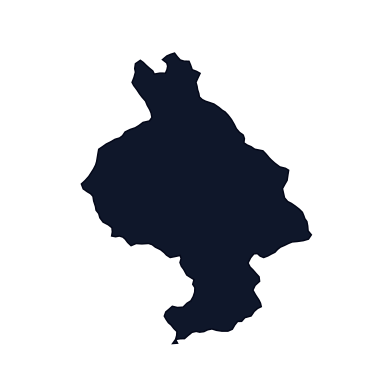 Capitão Andrade, Minas Gerais, Brazil, rotated 244°
{"feature_id": "56859067B3276419285071", "entity_name": "Capitão Andrade", "entity_type": "district", "adm_level": 2, "iso_a3": "BRA", "parent_name": "Brazil", "parent_adm1": "Minas Gerais", "projection": "natural_earth1", "projection_center": [-41.826, -19.051], "detail": "fine", "context": "isolated", "style": "filled", "palette": "ink", "viewbox_px": 384, "rotation_deg": 244, "n_neighbors": 0, "source": "geoboundaries", "source_scale": "gbopen_adm2", "svg_char_len": 2737}
<svg xmlns="http://www.w3.org/2000/svg" viewBox="0 0 384 384"><g transform="rotate(244 192 192)"><path d="M66.7,112.6L65.2,117.3L63.5,121.0L64.7,125.3L65.9,130.5L64.9,134.7L62.7,137.4L61.3,141.5L61.3,145.6L60.2,149.9L57.0,153.3L53.9,157.8L51.2,163.3L51.0,168.1L53.7,172.1L55.7,176.3L54.0,179.9L55.9,184.4L54.7,190.8L57.4,195.5L58.6,199.9L58.6,204.0L62.1,204.8L65.4,204.8L71.7,204.0L77.1,203.7L80.4,207.8L82.1,213.6L86.4,215.1L91.2,213.7L95.4,212.6L99.1,211.3L103.6,211.2L107.2,215.9L109.3,220.5L108.0,223.8L104.5,225.2L101.7,227.7L101.3,232.1L101.5,236.2L101.5,240.1L102.9,243.7L103.7,247.3L103.5,251.6L103.5,256.2L103.2,260.2L101.4,264.9L99.5,270.7L98.6,276.0L101.2,280.5L106.2,279.3L110.8,281.1L115.1,282.3L118.6,281.7L121.9,282.1L125.4,282.3L129.4,280.9L134.1,278.6L138.2,276.3L141.5,273.8L146.2,272.6L150.8,273.7L155.4,274.8L158.3,278.9L160.8,282.6L165.2,285.6L169.2,288.4L172.3,286.4L176.1,281.9L181.8,279.0L186.0,277.3L189.0,276.3L193.5,275.2L197.9,273.8L200.5,270.4L203.0,267.1L206.8,265.0L210.0,262.2L213.5,260.2L217.0,262.5L220.7,263.0L224.8,260.8L229.4,259.6L234.2,259.6L239.9,259.2L245.3,258.1L249.5,256.8L252.1,255.1L256.3,253.2L261.4,250.3L264.9,246.8L267.6,244.0L270.6,241.7L274.2,240.3L277.5,241.3L281.6,241.9L284.9,242.9L288.8,243.6L291.9,247.3L295.1,251.3L298.4,249.0L301.8,245.8L306.9,246.4L310.8,246.6L313.0,242.3L315.8,239.3L319.9,238.1L324.5,237.2L325.1,233.2L325.3,229.1L323.9,223.5L319.1,225.9L315.8,225.3L313.0,223.2L310.4,220.2L312.9,215.3L314.5,209.8L318.0,209.8L321.9,208.0L325.8,206.4L329.8,205.0L333.0,203.3L332.1,197.4L328.0,194.6L324.5,193.7L320.4,190.1L316.8,186.2L313.3,186.3L308.1,187.3L303.3,187.9L299.3,188.7L294.1,190.1L289.5,189.8L284.6,190.1L281.0,189.9L276.6,188.7L274.5,184.9L276.0,178.5L275.0,173.5L274.6,169.1L275.3,163.8L275.3,158.2L273.0,154.2L272.3,150.6L273.1,146.0L272.7,140.5L272.7,136.0L272.0,131.8L271.3,126.9L268.0,124.5L264.9,122.3L261.1,119.6L258.5,117.2L255.8,113.6L253.1,109.2L251.2,106.0L249.2,101.1L247.7,96.1L242.5,95.6L238.0,98.1L235.0,100.1L231.5,101.1L227.0,99.7L221.3,98.9L217.7,97.8L213.5,98.7L209.2,97.9L203.9,98.9L199.2,102.4L195.0,104.4L191.0,102.9L187.7,100.5L185.3,103.7L184.3,107.4L181.8,110.1L178.9,111.3L174.8,112.1L170.5,113.7L170.2,119.2L167.4,124.1L164.8,130.4L162.2,133.1L158.5,134.9L153.9,138.5L149.6,140.5L146.5,141.4L142.7,143.7L141.5,148.2L140.2,153.5L137.0,153.1L133.9,150.3L130.0,149.9L126.2,150.6L119.7,150.9L116.7,152.7L112.4,155.4L108.7,152.2L104.8,152.7L100.8,150.5L97.5,147.3L94.7,143.3L94.2,138.7L92.4,133.5L94.6,128.2L97.9,124.2L96.7,119.9L95.7,115.9L92.6,112.7L89.0,112.9L84.8,113.5L81.7,114.9L77.1,115.9L73.2,117.3L69.7,115.3L66.7,112.6ZM62.5,112.7L66.7,112.6L64.3,108.2L62.5,112.7Z" fill="#0f172a" stroke="#020617" stroke-width="1.5"/></g></svg>